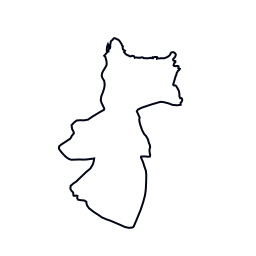 the district of Kampot, Kâmpôt, Cambodia, rotated 224°
{"feature_id": "14789045B30101496421605", "entity_name": "Kampot", "entity_type": "district", "adm_level": 2, "iso_a3": "KHM", "parent_name": "Cambodia", "parent_adm1": "Kâmpôt", "projection": "robinson", "projection_center": [104.179, 10.591], "detail": "fine", "context": "isolated", "style": "outline", "palette": "ink", "viewbox_px": 256, "rotation_deg": 224, "n_neighbors": 0, "source": "geoboundaries", "source_scale": "gbopen_adm2", "svg_char_len": 3757}
<svg xmlns="http://www.w3.org/2000/svg" viewBox="0 0 256 256"><g transform="rotate(224 128 128)"><path d="M106.2,181.3L107.7,182.7L107.6,183.7L107.8,184.7L108.2,185.5L108.8,186.1L109.6,186.6L110.4,186.5L111.1,185.7L111.9,186.1L112.7,186.3L113.4,186.9L114.4,187.9L115.1,188.5L115.8,189.1L116.6,189.6L117.6,190.2L118.6,190.5L119.6,190.9L120.5,191.1L121.4,191.3L122.1,191.6L123.0,191.6L123.8,191.3L124.6,190.5L125.6,190.5L128.5,196.1L129.1,197.0L129.3,197.8L129.9,198.6L130.0,199.5L130.4,200.2L131.0,201.0L131.3,202.0L131.5,202.9L131.8,203.8L131.6,204.8L131.5,205.6L131.8,206.5L132.7,205.9L133.5,206.0L133.8,206.9L134.5,207.5L135.3,207.2L136.0,206.5L136.5,205.8L137.2,205.2L137.9,204.7L138.7,204.7L139.2,205.6L139.7,206.4L139.8,207.2L139.6,208.2L140.4,209.0L141.2,208.6L142.0,208.1L143.0,208.3L143.4,209.1L143.5,210.3L143.4,211.3L144.0,213.1L144.6,214.0L145.5,214.4L146.4,214.5L148.0,214.1L148.9,213.2L149.3,212.3L149.2,211.2L148.7,210.4L148.6,209.4L148.6,208.2L148.8,207.3L149.0,206.4L149.4,205.4L150.0,204.2L150.4,203.3L151.2,202.6L152.0,201.8L152.9,201.0L153.4,200.2L154.2,199.5L154.9,199.0L155.3,198.0L156.0,198.6L156.6,199.1L157.3,198.4L158.3,197.5L158.6,196.6L159.3,196.1L158.6,195.5L159.6,194.6L160.2,194.1L161.0,193.7L161.5,192.7L162.1,192.0L162.8,191.4L163.4,190.7L164.3,190.1L164.9,189.4L165.6,189.0L166.5,189.0L167.2,188.4L167.7,187.6L168.1,186.7L168.8,186.4L169.4,185.8L170.1,185.0L170.8,184.7L171.5,184.0L171.9,183.2L173.0,183.6L173.7,183.8L174.6,183.2L175.3,182.6L175.6,181.8L176.2,181.0L177.0,180.7L177.8,180.6L178.7,180.1L179.5,179.9L180.3,179.7L181.1,179.6L181.9,179.7L183.7,179.9L183.8,181.5L185.4,181.2L186.3,181.1L187.1,181.7L187.8,182.1L188.4,183.2L189.3,183.2L190.2,183.5L190.9,183.9L191.8,184.1L192.9,184.4L194.2,184.6L195.1,184.8L196.0,184.7L197.0,184.5L197.8,184.2L198.8,183.8L199.7,183.5L200.4,183.0L200.5,181.8L200.3,180.6L200.5,179.7L200.5,178.5L200.0,177.6L199.4,176.9L198.9,175.9L198.3,175.1L197.3,174.3L196.8,173.6L196.3,172.7L196.5,171.7L197.3,172.5L198.4,173.6L200.6,174.4L199.8,172.5L199.3,171.6L198.3,170.4L197.7,169.6L196.8,168.8L196.2,170.5L195.2,169.5L195.6,168.5L195.5,167.0L195.3,163.4L193.6,163.4L191.9,162.3L190.0,161.2L189.4,160.7L187.9,159.3L187.2,158.4L186.8,157.4L186.3,155.4L185.6,152.2L184.7,149.4L183.3,147.4L181.2,146.2L177.7,145.3L174.6,142.7L172.5,139.6L170.6,135.6L169.2,132.2L167.1,129.3L164.8,127.8L161.4,126.6L158.6,125.5L157.9,124.3L158.3,123.1L159.1,120.6L160.0,117.2L161.4,112.0L162.6,106.2L165.1,102.8L167.5,100.7L170.1,97.8L170.4,95.9L170.6,94.8L170.6,90.8L167.4,88.4L164.9,87.6L163.3,86.7L163.1,85.0L163.0,83.5L162.3,81.2L162.2,79.9L163.3,74.9L164.5,69.8L164.8,67.0L163.3,65.1L159.6,64.4L156.0,64.1L152.4,64.1L150.9,64.3L149.0,64.7L146.8,65.7L143.8,68.8L140.9,71.8L138.4,74.0L135.9,76.6L133.2,80.0L131.2,82.6L129.5,80.3L128.0,77.3L126.9,72.6L127.5,67.5L127.7,63.0L127.9,57.5L128.0,53.4L128.7,50.7L129.1,46.6L127.2,44.2L125.1,43.6L122.7,43.5L120.2,41.5L119.4,42.0L118.2,43.5L117.2,44.0L116.5,43.1L115.7,42.1L114.0,41.8L112.7,42.7L111.0,43.9L109.3,45.4L106.8,46.0L105.3,44.8L103.5,43.8L100.4,43.2L94.4,43.8L89.0,44.9L84.9,45.5L80.1,47.3L76.5,49.0L70.8,51.2L65.8,53.1L61.3,54.7L58.0,56.8L56.2,58.8L55.4,60.3L55.6,61.4L57.1,65.4L58.9,70.0L62.1,78.0L65.4,84.9L68.9,91.2L72.0,95.5L74.9,98.9L78.4,102.8L82.5,107.2L85.5,109.7L89.9,111.9L93.7,114.0L98.0,115.7L98.7,116.6L96.3,119.1L93.6,121.3L92.4,122.7L93.1,123.8L95.5,125.5L97.4,127.2L98.9,129.8L100.8,131.1L102.3,131.6L104.0,132.6L105.8,133.7L109.6,134.8L111.8,134.8L114.4,135.6L116.5,136.3L121.0,138.6L123.8,140.3L125.6,141.7L127.0,143.7L130.4,145.0L133.2,146.1L133.7,148.1L132.2,152.2L129.5,157.4L127.5,161.2L125.0,165.6L122.8,169.4L120.3,171.4L116.3,173.7L111.8,175.7L108.3,178.6L106.2,181.3Z" fill="none" stroke="#020617" stroke-width="2"/></g></svg>